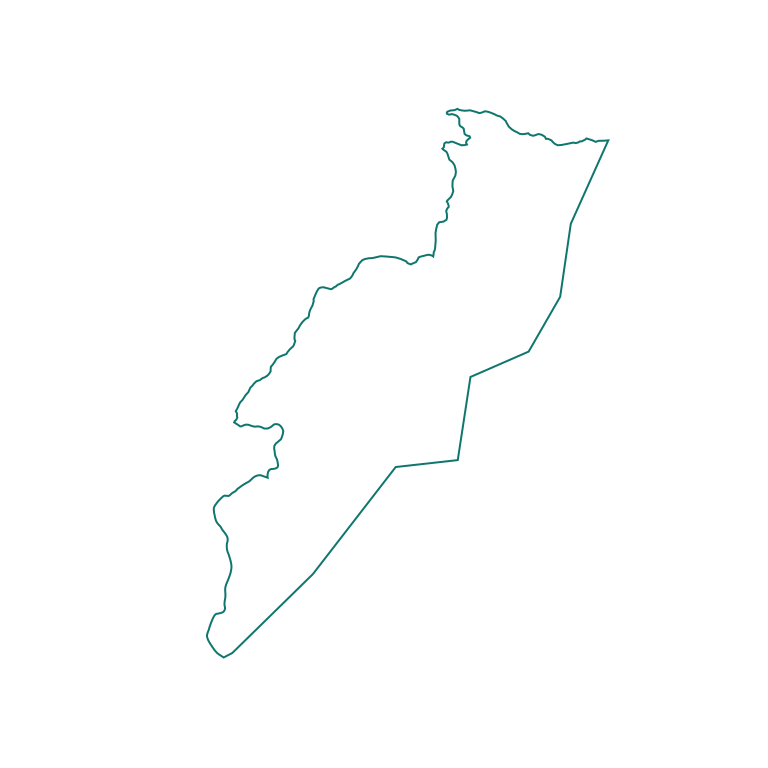 outline of Taklai, Geylegphug, Bhutan, rotated 295°
{"feature_id": "84629894B24283524280478", "entity_name": "Taklai", "entity_type": "district", "adm_level": 2, "iso_a3": "BTN", "parent_name": "Bhutan", "parent_adm1": "Geylegphug", "projection": "orthographic", "projection_center": [90.652, 26.809], "detail": "fine", "context": "isolated", "style": "outline", "palette": "teal", "viewbox_px": 768, "rotation_deg": 295, "n_neighbors": 0, "source": "geoboundaries", "source_scale": "gbopen_adm2", "svg_char_len": 6033}
<svg xmlns="http://www.w3.org/2000/svg" viewBox="0 0 768 768"><g transform="rotate(295 384 384)"><path d="M285.9,264.4L285.2,269.3L284.8,271.5L285.4,272.8L287.1,274.1L288.9,276.1L289.8,278.6L290.0,281.4L290.5,284.2L291.0,285.5L291.8,286.7L292.5,288.0L293.0,290.5L293.1,292.7L293.0,293.9L293.3,295.0L294.7,297.6L297.1,299.6L299.6,300.8L300.8,301.4L301.5,302.2L302.1,303.3L302.4,304.1L302.7,305.9L302.2,308.1L300.7,310.7L298.8,312.6L295.7,313.5L293.3,313.8L291.8,313.9L290.5,314.0L288.9,313.3L285.9,311.9L284.2,311.1L282.9,310.9L281.5,310.8L280.2,311.3L279.1,311.7L277.7,312.7L274.7,314.6L273.2,315.6L271.6,317.4L270.1,319.2L268.9,320.1L266.6,321.7L265.6,322.4L263.8,322.7L262.7,322.3L261.2,321.0L259.9,318.9L259.2,317.6L258.4,317.0L257.7,316.4L256.6,316.3L255.6,316.1L254.5,316.3L251.9,317.0L249.9,318.2L249.5,314.1L249.2,310.8L248.3,309.0L247.6,308.0L246.8,307.1L245.8,306.3L244.8,305.6L243.7,305.0L242.6,304.5L241.4,304.1L240.3,303.6L239.1,303.2L238.1,302.5L237.1,301.8L236.1,301.0L235.1,300.3L234.1,299.6L233.0,299.0L232.0,298.3L230.9,297.7L229.8,297.1L228.7,296.5L227.7,295.9L226.6,295.4L225.4,295.1L224.2,294.7L223.1,294.0L222.2,293.3L221.1,292.6L220.0,292.0L218.8,291.6L217.7,291.1L216.8,290.4L216.4,289.2L215.9,288.0L215.5,286.8L214.7,286.0L213.6,285.4L212.5,285.0L211.3,284.5L210.2,284.1L209.0,283.7L207.8,283.3L206.6,283.0L205.4,282.7L204.2,282.5L202.9,282.2L201.7,282.1L200.5,282.1L199.3,282.3L198.2,282.8L197.1,283.5L196.0,284.1L195.0,284.8L194.0,285.6L193.0,286.3L192.0,287.0L191.1,287.8L190.1,288.6L189.2,289.4L188.4,290.4L187.7,291.4L187.1,292.5L186.6,293.6L186.2,294.8L185.7,295.9L185.1,297.0L184.3,297.9L183.6,299.0L183.0,300.1L182.5,301.2L181.9,302.3L181.3,303.4L180.7,304.4L180.0,305.5L179.2,306.5L178.3,307.3L177.3,307.9L176.1,308.4L174.9,308.8L173.7,308.9L172.5,309.2L171.3,309.7L170.2,310.2L169.1,310.8L168.1,311.4L167.1,312.1L166.1,312.9L165.2,313.8L164.4,314.7L163.5,315.6L162.6,316.4L161.7,317.2L160.8,318.1L159.8,318.9L158.9,319.7L157.9,320.4L156.9,321.2L155.9,321.9L154.8,322.5L153.7,323.1L152.6,323.5L151.4,323.9L150.2,324.2L149.0,324.5L147.8,324.8L146.5,324.9L145.3,325.1L144.1,325.2L142.9,325.3L141.6,325.4L140.4,325.5L139.2,325.5L137.9,325.6L136.7,325.6L135.5,325.7L134.2,325.9L133.0,326.1L131.8,326.4L130.7,326.9L129.6,327.4L128.5,328.0L127.4,328.6L126.3,329.2L125.2,329.7L124.0,330.2L122.9,330.6L121.7,330.9L120.5,331.2L119.3,331.6L118.1,332.0L117.0,332.5L115.9,333.1L114.9,333.9L113.9,334.6L112.8,335.0L111.5,335.1L110.2,334.9L109.1,334.4L108.2,333.6L107.4,332.7L106.6,331.7L105.8,330.7L105.1,329.6L104.3,328.8L103.1,328.3L101.9,328.1L99.9,328.0L98.6,328.0L97.4,328.0L96.2,328.1L94.9,328.1L93.7,328.2L92.5,328.4L91.2,328.5L90.0,328.6L88.8,328.8L87.6,329.0L86.3,329.1L85.1,329.2L83.8,329.3L82.6,329.5L81.4,329.8L80.4,330.3L79.4,331.1L78.4,332.0L77.6,332.9L76.8,333.9L76.1,334.9L75.4,335.9L74.7,337.0L74.1,338.0L73.5,339.1L72.8,340.1L72.2,341.2L71.5,342.3L71.0,343.4L70.5,344.5L70.0,345.6L69.6,346.8L69.3,348.0L69.1,349.2L68.4,354.3L76.1,360.2L142.3,385.1L181.7,399.9L313.7,429.7L346.2,483.0L426.9,459.4L474.5,501.4L537.5,506.8L608.1,485.6L699.6,484.3L697.1,479.9L695.6,476.7L695.0,475.6L692.9,473.5L692.9,469.5L692.1,463.7L690.6,463.1L687.5,460.7L686.5,458.8L685.0,458.0L683.4,455.9L682.7,453.4L680.2,450.1L675.6,443.8L673.8,440.5L673.8,437.6L674.5,435.1L675.6,432.6L675.5,428.9L674.6,427.2L676.1,425.3L676.5,422.0L676.2,419.7L675.7,418.2L673.5,416.0L672.0,414.3L671.5,411.2L672.2,408.7L670.9,407.1L668.9,403.9L668.1,401.3L668.4,398.4L668.4,395.2L668.8,392.2L669.9,388.5L672.3,385.0L673.8,383.2L674.9,379.7L675.6,376.4L675.0,372.5L675.2,370.2L675.0,366.3L674.7,363.4L673.9,360.3L671.0,357.6L669.7,355.7L669.6,353.4L669.1,350.2L668.4,346.3L666.7,343.4L665.8,341.8L664.8,338.8L664.2,336.1L664.4,334.3L662.0,332.2L660.0,328.7L657.5,326.3L656.3,326.3L655.6,326.8L655.5,328.5L656.0,329.8L657.3,331.4L657.7,333.5L657.9,336.2L657.6,337.6L656.1,340.2L651.4,342.4L650.2,343.5L649.8,345.0L649.7,346.6L649.2,348.2L644.8,351.3L644.3,352.8L644.2,353.8L644.4,355.0L644.7,356.8L643.6,358.0L640.7,356.6L639.1,356.1L637.3,356.4L636.1,358.0L634.2,355.6L633.8,354.4L633.1,353.5L632.7,346.1L632.6,343.8L631.8,342.1L630.3,340.9L629.7,339.5L629.4,338.2L627.7,337.1L626.8,337.2L624.2,338.1L622.8,337.9L621.9,337.5L621.3,339.5L620.9,342.2L619.9,343.8L615.0,348.4L613.9,352.5L612.2,355.3L609.4,357.7L606.5,359.6L602.9,360.6L597.7,360.3L596.3,360.7L592.2,362.4L588.2,365.2L585.7,365.6L582.0,365.7L577.8,364.1L576.1,363.7L575.2,364.9L574.6,365.7L572.8,367.3L571.8,367.8L569.9,367.2L567.2,367.2L564.5,369.2L561.3,370.9L559.2,371.2L557.5,370.0L556.4,369.4L555.2,367.6L554.0,365.7L550.9,364.9L546.4,365.8L542.6,366.9L536.2,370.1L531.7,371.8L528.7,372.9L526.6,373.4L524.5,373.4L522.2,374.2L520.4,374.7L520.7,373.5L520.3,370.6L519.4,368.8L518.3,367.5L516.2,364.9L514.6,363.0L513.4,361.9L510.8,361.9L507.9,361.4L506.1,359.7L503.7,357.7L503.5,354.3L504.0,353.4L504.6,351.8L504.4,348.9L504.4,346.4L503.7,341.4L503.1,339.4L500.5,332.2L498.4,326.9L496.5,324.5L493.3,320.4L491.5,317.0L489.2,313.9L487.2,312.1L484.6,311.2L482.3,310.5L479.9,310.6L476.4,310.4L471.6,309.5L468.9,309.5L465.3,308.7L461.4,305.5L457.2,302.5L455.1,300.9L454.4,300.1L452.3,299.3L450.7,298.0L448.3,296.7L447.5,295.9L447.0,293.1L446.7,291.5L446.1,288.2L444.6,285.8L443.4,284.7L442.0,284.3L438.8,284.0L435.5,284.1L431.0,284.3L429.4,285.3L426.8,285.7L424.9,286.0L420.8,285.8L419.8,285.8L417.3,286.1L413.6,287.2L412.1,287.2L410.0,285.5L408.0,284.7L405.4,283.8L401.7,283.1L398.2,282.9L392.7,281.6L388.8,283.0L386.5,284.1L385.7,285.3L382.6,285.7L379.9,285.8L377.4,284.7L375.3,283.9L371.8,283.0L369.9,282.9L366.9,279.9L364.0,277.3L361.3,275.9L356.8,275.4L354.2,274.9L351.8,274.2L348.5,275.4L347.6,275.9L344.3,275.5L342.2,274.7L339.9,273.3L338.1,271.5L335.0,269.8L332.6,267.2L329.2,265.9L326.7,265.4L324.1,264.4L319.3,264.5L315.7,263.3L309.9,262.5L306.4,261.4L303.9,261.3L302.1,261.4L301.0,261.4L298.7,261.3L296.6,261.2L295.7,262.7L294.7,263.5L292.7,264.3L291.7,265.2L290.3,265.3L289.0,265.1L287.2,264.4L285.9,264.4Z" fill="none" stroke="#0f766e" stroke-width="2"/></g></svg>